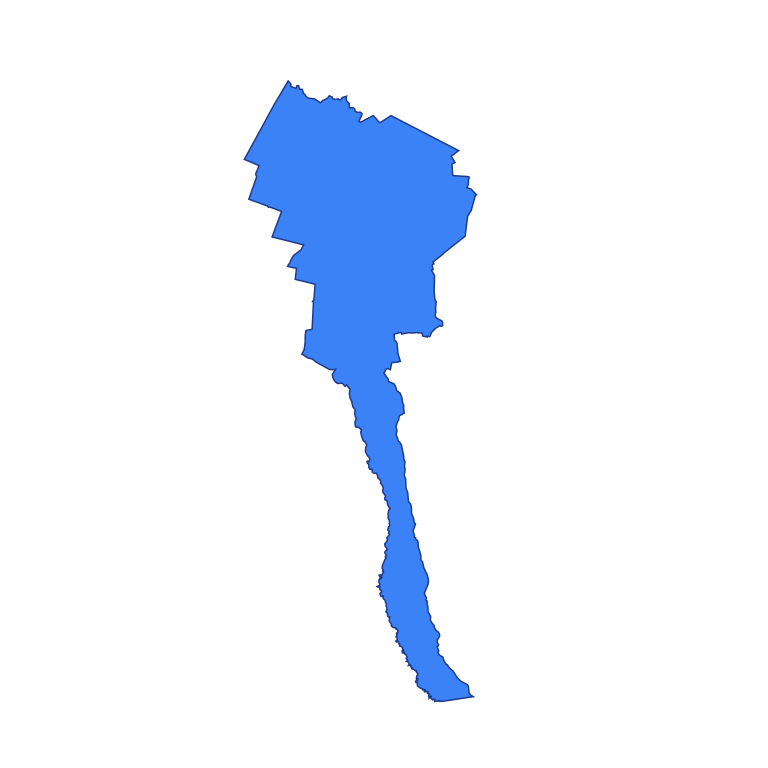 Movilita, Vrancea, Romania, rotated 214°
{"feature_id": "2599482B70514991370639", "entity_name": "Movilita", "entity_type": "district", "adm_level": 2, "iso_a3": "ROU", "parent_name": "Romania", "parent_adm1": "Vrancea", "projection": "albers", "projection_center": [27.063, 45.987], "detail": "fine", "context": "isolated", "style": "filled", "palette": "blue", "viewbox_px": 768, "rotation_deg": 214, "n_neighbors": 0, "source": "geoboundaries", "source_scale": "gbopen_adm2", "svg_char_len": 6171}
<svg xmlns="http://www.w3.org/2000/svg" viewBox="0 0 768 768"><g transform="rotate(214 384 384)"><path d="M529.7,427.6L521.2,430.9L516.1,421.1L496.9,428.2L489.1,414.4L489.4,412.4L488.3,412.4L487.8,411.7L474.2,389.1L478.6,384.7L476.7,380.6L472.4,374.0L469.3,367.6L468.9,362.9L461.8,363.0L457.2,364.6L452.6,364.2L437.8,365.5L435.5,366.5L432.4,369.0L432.1,362.9L430.0,360.8L426.5,358.8L423.7,358.4L422.2,358.8L420.0,360.7L418.5,361.2L415.0,360.2L414.5,362.4L411.6,361.2L409.4,360.9L407.6,357.0L404.1,353.2L401.0,351.5L397.2,347.7L393.8,346.8L392.5,344.9L392.2,343.6L389.4,340.8L388.1,340.3L387.6,339.6L386.8,336.2L384.4,333.2L382.7,332.5L381.1,333.9L377.1,333.4L376.3,330.9L373.2,328.1L370.1,325.8L368.7,325.3L367.5,325.5L364.2,323.7L363.5,321.0L361.7,317.7L358.5,315.7L353.9,314.2L353.0,311.2L354.4,311.1L354.8,310.4L353.9,309.2L351.5,308.8L350.3,306.7L348.3,305.4L347.5,305.5L346.8,306.6L346.2,306.6L344.6,304.5L342.5,304.4L340.2,305.8L337.4,303.8L336.9,302.9L332.9,302.1L331.2,299.7L329.3,299.3L326.6,297.5L325.3,294.6L324.4,293.7L319.9,291.9L319.7,290.0L318.8,288.6L316.7,288.8L315.5,288.2L313.5,285.9L310.2,284.3L309.4,284.5L309.2,284.0L309.6,282.5L307.9,278.3L306.9,277.4L305.8,275.3L303.5,274.0L302.1,272.4L301.7,271.2L299.9,269.7L300.3,268.3L299.6,265.8L299.1,265.1L297.0,264.5L296.8,262.8L295.4,262.3L295.1,260.9L295.5,260.3L295.6,257.8L294.2,257.1L293.7,255.9L294.0,251.9L292.3,250.0L290.6,249.7L288.7,248.3L289.4,246.2L289.3,245.1L288.7,244.3L286.5,243.3L285.9,243.5L285.7,242.8L286.4,242.2L286.4,241.5L284.8,240.4L285.2,239.4L283.7,232.1L283.2,231.7L282.7,230.4L280.7,229.4L280.6,228.0L279.0,227.5L279.2,225.5L278.7,223.9L280.2,223.8L281.2,222.8L280.2,222.2L277.7,222.4L277.4,220.9L279.0,220.6L278.3,219.4L278.6,218.7L277.1,216.5L275.5,215.9L275.2,214.4L276.6,212.2L275.7,212.1L273.9,213.5L272.5,211.1L270.2,211.1L269.6,210.1L270.3,208.2L268.4,206.5L267.3,206.3L267.0,206.6L267.0,207.6L266.2,207.8L265.3,206.3L264.4,205.7L261.9,205.3L261.1,204.1L259.5,203.3L258.1,201.2L256.3,199.8L255.0,197.7L255.0,196.2L253.3,196.1L250.9,193.4L250.0,193.3L248.7,194.1L247.9,191.5L247.3,190.5L243.5,188.9L242.7,187.6L240.8,187.2L237.3,188.3L236.7,187.4L235.4,187.8L234.3,187.3L234.0,185.7L233.4,185.4L233.6,184.6L234.1,184.8L234.3,184.3L233.1,183.5L232.6,181.1L231.9,181.4L229.6,179.0L230.5,178.0L230.3,177.3L229.4,177.2L227.8,178.3L227.2,177.4L226.1,177.5L225.8,176.6L224.6,176.2L224.5,175.5L221.5,176.2L220.5,174.7L219.1,174.3L219.0,173.8L219.8,172.9L218.4,171.4L217.8,171.7L217.9,173.1L216.8,172.6L216.7,171.9L213.8,171.7L212.1,170.3L212.1,168.9L209.9,168.2L210.4,166.7L209.2,167.2L206.5,166.0L206.4,164.3L204.8,165.8L203.8,164.9L202.4,164.9L202.8,164.2L201.8,163.4L199.3,164.1L198.2,163.8L197.0,164.6L196.5,163.5L193.7,162.6L193.4,161.9L193.6,160.1L192.4,157.9L192.0,157.9L192.0,158.7L191.4,158.8L190.5,157.8L190.3,157.2L190.7,156.5L191.6,156.8L191.5,155.1L190.6,154.4L189.5,155.0L187.4,152.4L184.7,152.2L182.4,152.5L181.7,153.0L180.5,152.0L179.4,153.4L179.0,153.4L178.7,151.8L178.2,151.4L177.7,151.9L177.7,152.8L175.9,152.6L175.6,153.5L175.2,153.6L174.8,151.8L172.8,152.3L172.7,150.5L171.1,148.8L171.4,150.9L170.4,151.6L169.8,151.3L170.0,149.8L166.7,149.4L166.6,150.2L165.4,151.0L164.4,149.3L163.5,150.5L162.7,150.5L161.7,151.3L161.0,152.6L160.0,152.1L159.5,152.9L158.1,153.6L135.1,174.7L138.2,174.6L140.7,175.5L145.0,180.5L146.6,181.4L153.9,180.6L158.8,181.4L166.2,184.6L171.2,185.2L174.5,186.6L176.4,186.6L180.2,188.5L182.5,190.6L186.6,190.3L188.8,191.3L189.5,192.6L189.4,193.4L193.0,195.8L193.2,196.4L192.7,197.0L193.0,198.5L195.7,199.7L196.6,201.7L196.8,205.6L197.4,206.9L200.0,208.7L202.7,208.7L205.7,210.1L207.7,211.9L210.8,212.8L213.6,214.2L215.0,216.9L215.9,217.8L220.2,219.8L223.1,223.9L225.1,225.7L226.8,228.1L228.5,228.4L229.5,230.8L231.6,231.5L233.6,233.4L235.4,242.3L236.7,245.2L238.3,247.2L241.7,250.1L248.5,254.2L252.3,257.8L255.3,259.1L257.7,262.6L264.0,267.8L268.1,272.7L271.0,273.2L271.8,274.2L273.4,274.0L274.1,275.6L277.1,277.7L277.9,279.1L279.5,285.4L281.6,286.2L284.1,288.9L288.9,292.2L291.7,296.4L294.6,299.3L298.0,300.3L303.6,307.2L307.8,310.3L313.0,317.4L316.2,319.7L318.0,323.6L319.4,325.8L320.7,326.8L323.2,331.4L325.5,332.7L327.5,335.4L335.5,343.2L338.2,344.5L340.6,344.8L342.2,346.5L344.9,348.2L346.1,349.7L347.2,352.6L350.2,355.2L351.8,360.6L351.7,362.1L353.3,365.7L353.1,367.6L352.2,368.3L350.9,371.4L353.6,374.1L355.9,377.5L358.0,378.8L361.6,382.7L365.4,385.4L370.0,385.7L372.3,387.9L375.6,389.7L381.6,388.7L383.2,390.4L390.1,392.9L390.1,394.8L390.7,397.3L389.4,399.0L386.7,399.4L389.5,406.0L384.4,410.2L384.2,411.0L383.1,411.9L389.2,416.8L395.8,424.8L397.8,426.1L399.6,426.0L403.5,431.0L398.9,436.3L397.2,435.3L392.2,440.4L389.4,441.8L385.0,445.4L384.1,445.5L381.5,447.4L381.1,447.6L378.7,445.4L374.6,447.0L375.1,447.9L372.8,448.6L372.6,449.3L373.4,453.4L372.4,458.8L370.5,463.4L368.5,464.0L368.1,465.3L369.5,467.4L371.3,468.7L376.2,468.1L378.7,468.4L379.9,469.3L381.4,472.9L383.6,475.6L386.7,481.4L388.8,482.3L393.7,488.1L402.8,502.2L408.4,504.9L407.3,506.3L410.3,509.1L410.4,510.7L409.8,511.5L411.6,512.5L407.7,524.8L407.8,525.5L399.4,551.9L408.5,569.9L408.7,576.5L413.8,591.7L413.1,592.6L420.9,594.3L425.1,593.2L425.7,596.7L427.8,599.8L429.0,603.2L430.4,602.9L443.4,595.3L445.3,597.3L450.5,604.3L449.1,607.4L455.7,610.5L452.6,619.2L528.3,610.4L533.1,599.0L534.6,598.3L543.0,600.6L549.8,587.9L551.6,587.7L553.0,595.2L553.6,596.0L555.9,596.0L557.7,594.4L560.6,594.0L561.7,595.4L563.5,595.9L565.2,595.1L566.2,594.0L567.3,593.8L569.6,597.2L573.2,597.6L575.8,600.6L576.0,601.6L578.9,598.0L578.8,595.3L579.6,594.6L581.4,594.9L583.2,592.8L586.2,591.8L587.2,592.9L590.3,592.5L590.7,591.6L590.5,590.2L592.3,585.9L593.2,585.2L594.0,581.5L600.9,581.6L606.6,578.7L609.3,578.8L611.5,579.8L613.4,579.9L616.4,582.6L618.7,581.3L620.3,582.2L621.4,583.5L623.0,582.7L622.3,579.9L626.0,579.0L628.3,578.8L628.5,580.1L629.5,580.9L632.9,581.6L631.3,554.4L625.4,492.1L609.8,495.2L608.4,489.4L608.2,487.2L607.1,485.6L606.0,485.2L605.3,484.1L599.4,461.6L580.1,466.4L578.6,465.9L577.8,466.8L565.4,469.8L559.0,443.3L528.5,454.4L527.8,448.9L530.8,440.1L530.5,434.4L529.7,431.8L530.0,429.7L529.7,427.6Z" fill="#3b82f6" stroke="#1e3a8a" stroke-width="1.5"/></g></svg>